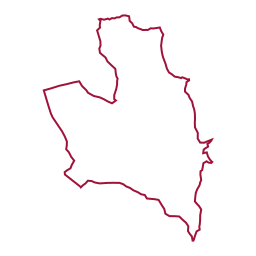 Pelendri, Limassol, Cyprus (orthographic projection)
{"feature_id": "46923920B35219833977838", "entity_name": "Pelendri", "entity_type": "district", "adm_level": 2, "iso_a3": "CYP", "parent_name": "Cyprus", "parent_adm1": "Limassol", "projection": "orthographic", "projection_center": [32.957, 34.891], "detail": "fine", "context": "isolated", "style": "outline", "palette": "rose", "viewbox_px": 256, "rotation_deg": 0, "n_neighbors": 0, "source": "geoboundaries", "source_scale": "gbopen_adm2", "svg_char_len": 2374}
<svg xmlns="http://www.w3.org/2000/svg" viewBox="0 0 256 256"><path d="M79.2,81.3L73.1,82.5L66.5,84.2L59.2,85.8L51.0,88.4L43.8,90.4L48.1,104.8L50.8,113.3L52.6,117.3L62.1,131.4L64.8,136.5L66.9,141.5L66.8,145.3L66.2,149.3L68.9,152.3L71.1,156.7L74.2,160.7L71.7,165.1L70.5,168.3L67.4,170.1L64.7,172.1L64.8,173.5L65.0,174.6L79.4,185.9L80.8,187.1L80.9,187.3L82.8,185.4L85.5,183.4L87.9,180.7L91.8,181.1L94.9,182.5L99.7,183.4L103.1,183.2L107.4,182.9L113.5,182.8L119.6,182.9L123.2,184.2L126.2,186.4L130.1,188.0L133.4,190.3L137.8,192.2L141.2,194.3L144.8,195.0L146.9,198.5L154.7,199.2L158.6,199.9L161.8,205.2L164.3,209.1L165.4,213.7L169.4,216.1L175.2,216.2L179.3,216.5L182.1,219.3L186.0,222.7L188.3,226.2L188.0,231.1L189.9,234.1L191.8,236.3L192.5,239.9L192.6,240.6L193.4,240.6L193.9,239.5L194.9,236.1L195.8,233.5L196.6,231.4L199.7,229.6L199.3,226.9L199.7,224.7L200.1,220.7L200.2,215.4L200.8,211.7L201.2,209.5L198.9,205.9L197.5,204.5L194.9,201.5L195.2,197.9L195.8,192.9L197.2,189.3L198.9,186.4L199.7,184.8L200.1,182.6L201.2,180.1L200.4,174.7L200.5,171.3L202.1,170.2L202.7,167.5L203.4,163.2L206.6,161.3L208.5,162.6L211.3,162.9L212.2,162.0L211.9,161.8L209.7,159.3L207.9,156.3L206.8,152.4L203.2,153.2L203.7,149.6L205.5,148.2L208.1,146.6L207.4,143.9L209.3,142.8L211.2,140.8L211.8,139.6L207.3,141.4L204.3,142.7L200.2,142.6L197.7,138.6L197.8,132.9L195.0,127.4L194.8,122.8L195.0,118.9L194.9,114.0L194.3,109.7L193.1,106.2L192.1,101.6L189.6,97.8L188.5,94.9L185.0,91.6L185.0,88.6L186.3,84.6L186.5,82.1L189.1,80.4L189.0,79.3L187.6,79.5L184.8,78.2L182.2,77.3L181.1,78.1L178.6,77.3L174.6,76.6L171.8,74.2L169.0,72.5L166.9,68.6L165.5,63.7L163.1,57.4L162.5,55.1L161.8,51.7L161.1,45.7L162.1,38.0L163.3,34.6L161.2,31.1L159.8,27.5L153.3,28.5L150.7,28.3L148.0,29.9L142.8,30.0L138.0,28.2L135.9,27.0L133.9,26.7L132.2,23.3L129.7,20.9L129.1,16.3L125.4,15.4L122.4,15.5L120.9,16.4L119.5,17.3L116.6,17.4L114.5,18.4L112.0,18.1L109.5,19.5L107.9,18.6L106.3,19.1L104.0,19.7L100.6,18.8L99.0,19.3L99.5,19.9L100.6,19.9L100.2,22.2L99.7,25.2L100.0,27.6L97.1,30.4L100.4,41.3L100.5,45.7L99.3,48.6L100.0,52.9L105.5,57.5L107.5,61.5L112.0,65.8L115.3,68.8L115.9,74.0L116.5,76.7L117.6,78.6L117.1,81.2L117.1,84.4L116.3,88.8L115.3,91.9L114.3,94.9L114.2,96.7L114.3,99.2L115.9,100.5L112.0,103.3L107.9,101.5L104.2,99.4L99.9,97.4L93.8,96.0L87.9,92.7L86.4,90.3L82.1,86.1L79.2,81.3Z" fill="none" stroke="#9f1239" stroke-width="2"/></svg>